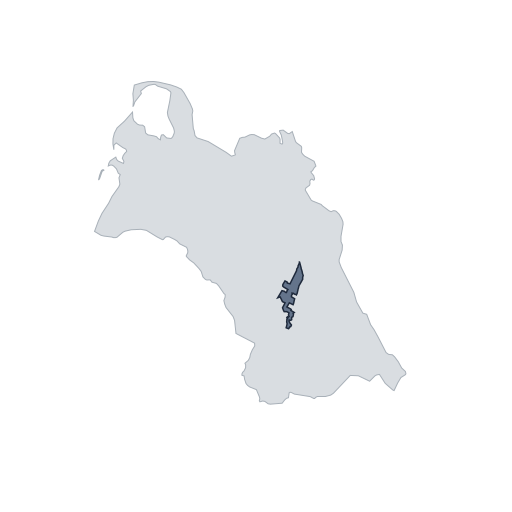 Wekilbazar, Mary, Turkmenistan (highlighted), rotated 28°
{"feature_id": "10190150B57236240934442", "entity_name": "Wekilbazar", "entity_type": "district", "adm_level": 2, "iso_a3": "TKM", "parent_name": "Turkmenistan", "parent_adm1": "Mary", "projection": "natural_earth1", "projection_center": [61.577, 38.453], "detail": "fine", "context": "in_parent", "style": "filled", "palette": "slate", "viewbox_px": 512, "rotation_deg": 28, "n_neighbors": 0, "source": "geoboundaries", "source_scale": "gbopen_adm2", "svg_char_len": 5426}
<svg xmlns="http://www.w3.org/2000/svg" viewBox="0 0 512 512"><g transform="rotate(28 256 256)"><path d="M160.0,177.4L181.0,178.5L187.5,179.4L190.2,176.5L190.0,175.8L189.1,175.2L187.6,173.1L186.4,159.7L188.2,157.7L190.4,156.3L193.5,152.1L195.1,150.8L197.5,149.7L205.6,149.4L208.9,148.6L211.9,143.8L212.5,141.0L214.7,138.7L216.0,138.8L221.4,140.7L222.5,141.7L224.3,145.2L226.4,145.0L226.7,144.4L226.5,143.6L224.9,141.4L221.6,137.4L218.3,134.9L218.0,134.1L220.9,132.1L226.6,132.9L228.0,132.3L229.6,129.1L237.1,136.3L238.5,137.0L244.5,137.9L245.5,138.9L247.5,143.1L249.5,144.2L252.1,145.0L262.8,145.1L266.1,147.9L266.7,148.6L266.0,150.5L265.8,154.3L264.9,155.8L265.5,156.4L269.3,158.0L271.5,160.4L271.7,161.4L271.1,162.1L269.3,161.8L268.4,162.9L268.4,164.8L269.7,166.7L270.1,168.4L268.2,172.3L268.2,173.9L268.7,174.8L278.4,180.7L279.9,180.9L289.3,179.9L291.0,180.5L299.2,181.8L301.5,181.6L303.0,179.7L304.5,179.0L305.9,178.9L309.8,180.1L314.0,182.7L316.7,185.0L318.0,187.1L321.8,198.7L324.3,203.4L327.2,205.8L329.3,210.4L331.1,220.2L332.2,222.2L336.6,226.1L359.5,242.2L366.4,249.4L377.2,256.3L381.1,255.5L389.5,262.9L394.9,265.7L401.8,270.2L416.2,280.2L419.3,280.6L422.8,279.2L425.8,280.0L431.3,282.6L437.2,286.5L442.1,287.8L443.6,289.5L443.7,290.5L441.0,295.3L440.7,301.6L441.1,310.0L439.7,310.1L429.9,307.8L420.6,302.6L418.4,304.3L417.3,306.0L415.1,313.2L402.6,313.7L395.3,317.2L388.8,340.8L387.3,343.7L383.2,347.5L376.1,351.3L375.0,352.9L374.7,354.3L373.9,354.7L369.9,354.7L354.7,359.9L351.4,359.9L350.1,360.3L349.5,361.2L351.2,365.9L349.8,367.3L348.9,369.6L348.2,373.7L338.2,380.1L336.1,380.8L332.1,380.2L330.0,380.9L327.9,382.9L326.9,382.3L326.4,380.3L325.3,378.9L319.1,373.8L311.9,374.6L309.3,374.2L307.1,373.3L303.9,370.3L301.8,367.5L299.5,367.9L298.9,366.5L298.8,365.0L299.4,363.1L299.3,359.6L298.0,357.0L296.6,355.9L298.2,351.8L298.2,348.7L297.2,345.4L296.8,340.6L297.1,336.0L295.7,333.6L274.7,333.8L267.3,322.9L264.2,320.2L253.8,315.6L251.0,313.2L248.6,310.5L248.0,306.7L246.9,304.5L245.3,304.2L237.1,299.9L233.9,298.8L229.4,299.8L226.8,298.6L223.7,300.3L222.3,300.4L219.0,299.4L214.9,295.4L211.5,293.8L204.3,291.3L199.2,290.6L194.7,289.1L194.3,288.5L194.2,285.2L193.6,283.8L192.3,282.2L190.6,280.9L182.9,281.1L179.3,279.8L176.5,279.6L170.4,279.8L168.4,280.7L167.2,281.8L166.4,285.0L165.8,285.5L159.8,285.6L147.2,284.8L141.8,286.5L133.5,291.4L128.7,295.6L127.3,297.5L124.4,304.8L123.1,305.9L121.5,306.7L119.9,306.9L112.3,309.8L109.4,310.5L101.9,310.1L100.4,299.2L100.0,290.6L101.1,278.6L100.9,271.0L102.4,259.3L102.1,256.5L98.3,251.3L97.9,247.8L95.6,247.6L91.9,244.6L88.2,243.4L86.3,243.3L84.6,244.2L83.3,245.9L82.5,243.2L82.6,240.4L85.8,234.5L87.6,236.2L89.8,236.9L95.5,236.5L95.0,234.5L92.1,232.5L91.6,229.8L91.9,227.0L92.7,224.4L91.9,223.4L90.6,222.7L87.5,222.8L79.5,221.8L78.5,224.9L80.6,228.9L77.1,224.3L74.7,219.6L73.3,214.1L73.2,208.1L76.6,198.6L79.4,186.9L82.4,191.8L84.6,193.9L89.5,195.3L91.9,195.0L94.5,193.7L97.0,194.2L100.8,199.2L103.6,199.8L109.5,197.9L112.2,197.4L114.6,198.3L117.1,198.3L116.1,195.9L115.7,193.6L117.2,192.4L121.7,193.7L125.4,192.3L126.1,191.7L126.5,189.7L126.1,185.8L125.3,184.1L123.2,181.7L115.2,176.0L112.6,173.8L110.4,170.9L107.0,159.3L104.3,151.9L103.3,151.0L98.5,150.4L89.5,152.2L86.4,151.8L84.9,152.6L81.1,155.7L79.3,158.4L76.7,164.5L78.5,166.4L76.7,176.8L77.4,181.1L77.1,181.5L74.6,176.0L71.1,170.5L68.3,162.2L73.9,156.7L78.6,152.9L83.6,150.0L88.7,148.1L100.3,145.0L106.7,144.0L111.8,143.8L115.7,145.6L126.2,152.3L130.8,156.0L132.1,157.6L133.2,161.2L140.8,172.9L142.6,174.5L145.6,178.3L148.5,179.4L160.0,177.4ZM81.6,261.3L81.3,262.9L80.0,258.2L79.4,253.0L80.4,251.5L81.4,251.6L80.4,253.5L81.6,261.3Z" fill="#d9dde1" stroke="#a8b0b8" stroke-width="1"/><path d="M301.3,245.2L297.4,241.0L297.2,241.0L297.5,241.7L297.6,242.1L297.8,245.1L298.3,246.0L298.1,248.3L298.7,250.0L299.1,264.6L296.6,265.1L296.4,265.2L295.8,264.4L293.3,264.4L293.1,268.5L293.5,269.6L293.7,270.0L294.6,270.3L295.0,270.4L299.0,270.6L299.9,270.6L299.7,272.3L299.9,272.8L300.0,273.1L299.9,273.7L299.8,274.2L298.9,274.2L297.7,273.8L297.4,273.9L295.2,274.4L294.9,280.5L294.8,282.7L296.5,280.8L298.5,282.2L300.8,283.9L303.6,283.7L303.7,285.5L303.7,289.2L303.9,289.4L305.8,291.1L307.0,291.9L308.9,290.9L309.2,290.7L311.8,290.7L312.0,291.4L312.3,292.8L313.6,293.8L313.4,294.4L313.2,295.0L312.3,294.9L312.1,295.9L313.2,296.5L312.9,297.3L313.3,298.0L313.6,298.7L314.0,299.8L314.3,300.1L315.3,301.3L315.8,303.0L316.3,305.2L316.6,305.2L318.9,304.9L318.9,304.2L319.2,303.8L319.2,303.6L319.2,302.4L319.6,302.2L319.8,302.0L319.8,301.8L319.8,301.2L319.7,300.3L316.9,299.0L316.1,298.3L315.7,298.0L315.3,296.9L316.9,296.5L317.4,295.5L316.9,294.7L316.3,293.5L316.3,293.4L316.6,292.9L317.1,292.2L317.0,291.8L316.8,291.1L316.6,290.3L316.5,290.1L316.3,289.7L315.7,289.2L316.3,287.9L313.1,287.7L312.3,287.7L312.2,286.7L311.3,286.5L307.2,286.5L307.3,284.8L307.4,281.7L311.6,281.6L311.5,280.5L311.3,279.7L310.7,277.6L310.5,276.8L310.2,275.6L306.4,275.4L306.3,275.0L306.2,274.8L306.0,274.4L305.8,274.0L306.0,272.9L305.5,272.3L305.3,271.8L305.7,271.8L306.4,271.9L306.5,271.8L306.6,271.4L308.4,271.6L309.1,271.2L309.9,271.4L309.9,271.2L309.9,270.2L309.8,269.3L309.4,268.0L309.1,266.7L308.7,265.7L308.7,265.1L307.9,262.1L308.1,257.3L308.1,254.4L307.7,253.9L307.4,253.5L307.4,253.2L307.1,252.6L306.9,251.2L306.4,250.7L304.9,249.3L304.6,248.7L302.9,246.9L302.1,246.3L301.3,245.2Z" fill="#64748b" stroke="#1e293b" stroke-width="1.5"/></g></svg>